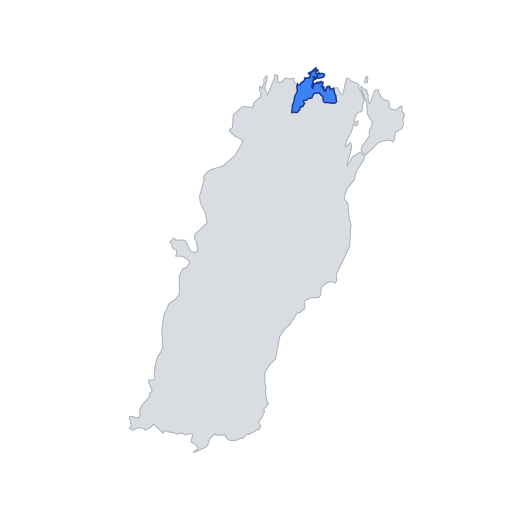 where Izmir sits in Turkey, rotated 113°
{"feature_id": "TUR-2230", "entity_name": "Izmir", "entity_type": "Province", "adm_level": 1, "iso_a3": "TUR", "parent_name": "Turkey", "parent_adm1": "", "projection": "natural_earth1", "projection_center": [26.887, 38.676], "detail": "fine", "context": "in_parent", "style": "filled", "palette": "blue", "viewbox_px": 512, "rotation_deg": 113, "n_neighbors": 0, "source": "natural_earth", "source_scale": "10m", "svg_char_len": 8136}
<svg xmlns="http://www.w3.org/2000/svg" viewBox="0 0 512 512"><g transform="rotate(113 256 256)"><path d="M387.2,186.7L394.1,189.0L396.2,187.3L402.3,187.5L407.9,188.8L410.7,185.0L414.6,185.5L415.4,187.4L417.3,188.1L423.2,192.9L422.6,193.5L424.1,195.3L429.1,196.5L429.7,198.9L433.7,202.6L436.0,208.2L435.1,212.2L433.1,214.6L436.6,223.2L435.7,224.3L441.9,227.1L449.3,226.6L451.8,227.8L459.4,234.6L461.4,237.2L456.2,234.0L453.6,236.7L452.5,243.3L444.7,244.5L446.1,248.9L448.4,250.8L447.9,254.9L448.6,256.5L450.9,259.2L450.8,262.9L451.9,266.8L452.2,271.4L455.6,272.8L454.2,275.0L451.1,284.4L451.4,285.1L453.8,285.4L459.6,289.8L458.7,291.2L459.7,297.2L464.7,301.2L464.1,303.1L464.3,305.2L460.8,304.3L454.0,309.6L453.2,309.5L452.1,307.6L451.6,302.3L449.9,300.8L447.6,300.5L443.9,303.0L440.4,302.9L436.9,302.4L427.4,299.1L424.1,300.2L420.5,298.9L413.9,305.6L411.8,306.1L410.6,302.8L408.1,301.0L405.1,303.4L393.4,306.6L387.9,307.2L381.2,306.1L375.7,306.4L360.9,313.8L346.6,317.7L333.7,317.4L326.4,312.8L320.9,311.7L304.6,318.7L296.5,318.5L293.7,315.6L287.4,314.4L286.2,317.2L285.1,323.8L287.4,329.9L283.9,330.2L281.7,331.6L281.3,336.1L278.1,337.9L277.1,340.8L276.6,340.8L271.3,338.5L272.7,336.3L269.3,327.8L270.8,325.2L277.3,318.3L277.0,314.3L274.0,311.5L265.7,316.5L264.9,318.5L263.0,320.0L259.9,320.6L244.6,314.0L235.9,319.8L228.6,328.2L222.9,331.3L206.2,333.6L203.2,335.3L197.5,333.5L194.0,331.2L186.1,321.7L171.3,314.5L155.8,312.7L154.4,314.6L154.0,321.9L151.6,328.9L150.3,329.6L146.9,327.9L135.0,332.0L124.8,327.4L123.0,325.4L120.7,317.4L119.2,316.8L117.6,317.9L115.8,317.9L108.5,314.4L104.6,314.2L102.2,317.6L98.4,319.0L98.2,318.0L99.8,315.8L93.6,316.2L90.4,317.9L86.0,316.9L86.3,315.9L89.8,314.8L98.0,313.6L103.2,308.3L83.7,308.5L81.8,309.7L81.5,306.9L82.6,305.6L87.7,304.6L87.4,302.3L84.2,299.8L80.8,298.5L79.3,292.7L77.5,291.2L77.7,290.4L80.9,289.3L81.6,285.1L81.1,282.5L74.8,280.2L73.4,280.4L71.8,278.1L69.1,276.5L66.9,277.8L60.6,274.4L61.7,271.8L63.3,271.9L63.6,269.9L62.4,266.6L62.5,265.0L63.9,264.5L65.4,264.8L67.0,266.8L67.2,270.5L68.9,272.8L70.1,270.5L73.0,271.8L78.2,270.6L79.2,269.6L75.4,269.7L74.0,268.8L70.9,262.6L74.0,260.8L76.3,257.8L72.0,255.8L72.8,251.6L69.1,246.9L74.1,240.8L73.8,239.9L72.3,239.5L56.8,242.1L56.6,239.4L57.7,237.0L57.6,231.1L58.3,228.0L61.2,227.0L64.7,222.4L70.4,216.9L76.3,217.0L78.6,215.5L82.1,215.4L83.2,217.5L86.3,219.0L91.7,218.8L94.3,217.4L91.8,214.7L94.8,213.8L97.3,214.5L96.0,217.4L96.8,217.7L103.8,216.8L111.1,217.5L119.3,217.2L120.3,216.2L114.5,213.3L118.2,210.6L120.2,210.1L137.2,207.7L137.3,207.1L126.9,205.8L121.5,202.3L120.0,200.5L121.0,195.9L122.1,194.7L125.9,194.5L138.7,196.6L147.8,195.3L157.9,198.4L167.4,197.8L169.4,196.4L171.7,192.0L185.1,184.8L189.7,181.0L210.5,173.6L241.9,174.9L247.3,172.0L250.5,172.9L249.7,174.8L249.9,176.6L253.8,181.0L259.5,183.6L267.1,181.4L270.0,182.2L273.0,189.2L278.0,193.3L280.2,193.6L283.1,191.1L285.9,190.9L290.6,193.2L292.2,195.7L307.4,198.5L310.6,200.6L320.8,202.7L343.0,197.8L351.4,201.1L358.3,202.2L361.3,201.7L370.1,197.8L372.9,195.5L378.4,193.6L385.3,189.2L387.2,186.7ZM97.7,174.5L97.1,177.6L98.5,181.0L101.7,185.7L104.9,188.1L120.2,194.5L118.1,200.4L114.3,201.4L101.2,198.5L95.9,200.9L92.1,200.3L86.7,201.4L85.2,205.0L81.5,209.1L71.1,214.2L61.5,224.4L58.8,225.7L60.0,222.2L59.9,219.2L64.1,215.7L70.0,213.0L71.5,210.8L56.7,211.2L55.3,208.0L56.8,207.4L61.6,201.9L62.1,199.7L61.6,194.2L67.5,191.1L67.9,189.8L67.0,184.4L61.4,181.3L61.6,179.8L65.5,178.4L67.7,174.6L73.5,173.9L76.2,172.1L81.2,171.2L87.4,175.8L94.8,174.1L97.7,174.5ZM53.8,224.0L48.8,224.8L47.3,224.0L48.8,222.4L52.7,221.3L53.9,222.9L53.8,224.0Z" fill="#d9dde1" stroke="#a8b0b8" stroke-width="1"/><path d="M81.7,284.9L81.8,284.8L81.8,284.6L81.8,284.3L81.7,284.1L82.0,283.8L81.8,283.2L81.2,282.2L80.7,282.4L79.9,282.4L79.1,282.3L78.6,282.1L78.4,281.9L78.4,281.7L78.2,281.5L77.8,281.5L77.7,281.4L77.5,281.2L77.4,280.8L77.2,280.6L76.6,280.6L75.5,280.1L74.9,280.1L74.2,280.2L73.8,280.3L73.7,280.4L73.6,280.5L73.4,280.8L73.1,280.8L72.6,279.8L72.7,279.5L72.7,279.1L72.6,278.7L72.4,278.3L72.2,278.0L71.7,277.5L71.5,277.2L71.1,277.4L71.0,277.1L71.1,276.3L70.8,276.0L70.5,276.0L70.1,276.2L69.7,276.3L68.3,276.3L68.1,276.4L67.8,278.1L67.7,278.1L67.6,278.3L67.6,278.7L67.5,279.0L67.2,279.1L66.8,278.3L66.6,278.0L66.6,278.5L66.4,278.6L66.1,278.3L65.7,277.9L65.5,277.7L65.5,277.4L65.6,277.0L65.0,277.2L64.4,276.7L63.9,276.1L63.3,275.9L63.4,276.3L63.5,276.5L63.3,276.5L63.2,276.3L62.7,275.8L62.8,275.5L62.8,275.3L62.9,275.1L62.8,274.8L62.6,274.8L62.4,275.5L62.0,275.7L61.4,275.5L60.7,274.9L59.4,274.5L59.3,274.3L59.5,273.9L60.0,274.1L60.3,273.7L60.5,273.2L61.0,273.1L61.0,272.9L60.6,272.6L60.5,272.2L60.7,271.9L61.0,272.2L61.0,271.9L61.3,271.6L61.3,272.0L61.4,272.3L61.3,272.5L61.1,272.8L61.3,272.9L61.5,272.9L61.8,273.0L62.0,273.3L62.3,273.3L62.6,273.3L62.8,273.1L62.6,272.8L62.6,272.6L62.9,272.8L63.1,272.8L63.3,272.8L63.6,272.6L64.2,272.3L64.3,272.2L64.6,271.9L64.6,271.4L64.5,270.8L64.1,270.5L64.1,270.3L64.6,270.6L64.9,270.9L65.1,270.8L65.4,270.1L65.1,270.0L64.6,269.5L64.1,269.3L63.9,269.1L63.6,269.0L63.3,269.5L63.1,269.6L62.7,269.6L62.9,269.2L63.1,268.7L63.0,268.3L62.3,267.4L62.5,267.6L62.4,267.2L62.1,266.4L62.1,266.2L61.9,265.0L61.9,264.7L61.9,264.3L62.0,263.9L62.6,263.8L63.0,263.5L63.3,263.5L63.9,263.5L64.4,263.6L64.9,263.9L65.3,264.2L66.0,265.0L66.4,265.5L66.5,265.9L67.0,266.7L67.5,267.4L67.7,267.5L67.9,267.7L68.0,267.8L68.1,268.1L68.1,268.4L68.1,268.7L68.1,268.9L68.3,269.2L68.1,269.3L67.8,269.2L67.6,269.2L67.3,269.2L67.1,269.4L67.4,269.6L67.4,269.8L67.2,270.1L67.1,270.5L67.6,270.6L67.8,270.9L67.9,271.3L68.2,271.7L68.6,273.0L68.9,273.6L69.4,273.4L69.5,273.1L69.4,272.8L69.0,272.6L68.9,271.4L69.0,271.0L69.2,270.5L69.5,270.2L69.9,270.3L69.9,270.1L70.0,270.1L70.3,270.4L70.5,270.9L70.9,272.0L71.0,272.0L71.3,271.9L71.6,272.2L71.9,272.1L72.3,271.9L72.7,271.8L74.4,271.6L75.4,271.1L75.8,271.1L76.2,270.8L76.3,270.7L76.5,270.7L76.7,270.8L76.9,270.8L77.2,270.7L77.2,270.8L77.3,270.7L77.9,271.0L78.4,270.7L79.0,270.1L79.6,269.8L79.6,269.6L79.4,269.4L79.1,269.6L79.0,269.4L78.6,269.6L77.8,269.5L77.6,269.6L77.1,269.3L76.5,269.3L75.1,269.9L74.7,270.1L74.8,269.8L74.5,269.5L73.8,268.5L73.5,268.3L73.0,268.1L72.7,268.0L72.3,267.6L72.0,267.2L72.3,267.5L72.7,267.8L73.3,268.1L73.6,268.1L73.6,267.9L73.4,267.6L73.1,267.4L72.8,267.2L72.4,267.0L72.5,266.7L72.6,266.0L72.7,265.7L72.4,265.4L72.2,265.5L71.5,265.7L71.6,265.4L71.2,265.1L70.7,265.1L70.7,264.7L70.8,264.6L70.5,264.6L70.3,264.5L69.9,264.2L70.1,264.0L70.2,263.9L70.4,263.8L70.7,263.8L70.2,263.2L70.1,262.8L69.9,262.3L70.3,262.1L71.4,261.8L72.1,261.4L72.3,261.5L72.6,261.7L72.8,261.7L73.3,261.9L73.6,262.0L73.9,262.0L73.8,261.6L74.0,261.4L74.3,261.2L74.5,261.4L74.6,261.2L74.6,260.8L74.5,260.5L74.4,260.7L73.9,259.9L73.8,259.7L74.7,259.4L74.8,260.0L75.2,260.0L75.4,259.7L75.1,259.0L75.5,258.9L75.8,258.7L76.1,258.5L76.3,258.3L76.7,258.6L77.2,258.3L77.4,257.8L76.9,257.7L77.3,257.0L77.3,256.7L76.9,256.4L76.5,256.7L76.3,256.9L76.0,256.9L75.6,256.9L75.3,256.5L75.2,256.4L74.9,256.5L74.7,256.6L74.4,256.4L74.1,256.6L73.4,257.0L73.1,257.1L72.9,257.0L72.5,256.5L72.2,256.4L71.8,256.1L71.6,255.5L71.7,254.8L72.0,254.4L72.0,254.2L71.9,254.2L71.5,254.2L71.8,253.9L72.3,253.5L72.8,253.2L73.3,253.1L73.5,252.8L73.3,252.3L72.8,251.5L72.2,250.7L71.9,250.5L71.2,250.2L75.9,246.9L76.3,246.5L76.7,245.8L77.1,245.3L77.7,244.9L78.4,244.6L82.3,242.2L83.5,242.4L84.5,243.3L85.1,244.5L85.9,246.5L86.7,249.8L87.0,250.8L87.8,252.2L87.7,253.7L87.1,254.3L85.7,255.5L84.3,256.0L83.1,256.8L82.9,257.8L82.7,258.8L82.3,259.7L81.7,260.4L81.1,261.4L81.0,262.0L81.6,262.5L81.9,262.7L82.4,263.3L83.0,265.2L84.3,266.3L85.8,266.4L88.2,266.4L88.7,266.4L89.4,267.1L89.7,268.6L91.2,269.6L92.9,270.4L93.1,270.8L93.4,271.6L93.5,272.0L94.5,272.9L95.6,272.6L96.1,271.7L96.4,270.9L97.5,270.9L98.5,271.4L99.2,271.4L99.8,271.2L100.7,272.1L101.3,273.5L103.4,273.2L104.3,272.9L104.8,273.0L105.3,273.5L106.0,273.7L106.5,273.8L107.5,274.0L108.1,274.8L109.0,277.6L110.0,279.0L106.6,280.2L105.7,280.4L104.9,280.6L104.1,281.0L103.3,281.3L99.1,281.4L94.1,282.7L88.7,282.3L87.6,282.5L85.0,284.2L83.2,284.9L81.8,284.9L81.7,284.9Z" fill="#3b82f6" stroke="#1e3a8a" stroke-width="1.5"/></g></svg>